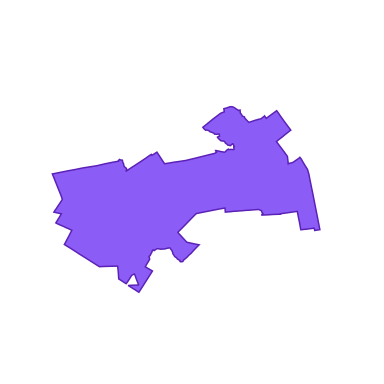 Belciugatele, Calarasi, Romania, rotated 31°
{"feature_id": "2599482B10542752576449", "entity_name": "Belciugatele", "entity_type": "district", "adm_level": 2, "iso_a3": "ROU", "parent_name": "Romania", "parent_adm1": "Calarasi", "projection": "mercator", "projection_center": [26.453, 44.516], "detail": "fine", "context": "isolated", "style": "filled", "palette": "violet", "viewbox_px": 384, "rotation_deg": 31, "n_neighbors": 0, "source": "geoboundaries", "source_scale": "gbopen_adm2", "svg_char_len": 5854}
<svg xmlns="http://www.w3.org/2000/svg" viewBox="0 0 384 384"><g transform="rotate(31 192 192)"><path d="M317.0,161.8L321.0,158.4L296.4,131.2L295.0,129.7L294.7,129.3L293.7,128.3L284.6,118.3L283.3,116.8L281.7,115.3L279.3,113.1L278.7,112.8L278.1,112.5L275.5,111.2L274.2,110.5L270.8,108.7L269.0,107.6L266.6,106.7L266.2,108.1L264.0,113.0L263.3,114.5L263.1,114.8L262.7,115.4L261.1,116.8L260.3,117.7L260.0,118.3L259.6,117.8L258.6,116.4L255.4,112.3L250.0,110.0L238.4,105.3L238.6,104.9L239.3,102.7L241.4,97.3L242.3,94.6L243.6,91.3L243.9,90.3L244.8,88.1L234.8,84.0L227.7,80.9L224.5,79.4L223.8,79.2L222.7,78.7L217.7,90.6L215.0,89.4L214.9,89.9L213.7,92.9L213.5,93.5L213.4,93.8L213.2,94.0L211.6,95.4L210.2,97.0L209.7,97.4L206.4,101.3L204.9,103.0L203.1,102.6L201.3,102.1L199.2,101.4L198.7,101.1L198.4,100.7L198.0,100.6L196.9,100.9L195.8,100.9L195.4,100.6L193.5,99.6L193.0,99.6L192.7,99.4L192.4,98.9L192.1,98.5L191.0,97.0L190.7,97.3L190.3,97.8L189.8,98.2L189.7,98.1L189.1,98.0L186.9,98.1L185.5,97.9L184.3,97.9L182.9,98.1L182.0,98.5L181.4,98.8L180.6,99.4L179.9,100.3L178.4,102.1L176.4,104.2L178.4,106.7L176.3,109.3L175.9,110.0L175.4,111.2L172.2,119.2L170.8,123.2L169.4,127.1L168.0,130.8L168.0,131.0L170.6,131.9L171.9,132.0L172.4,131.5L173.0,131.3L173.3,131.1L173.8,130.9L174.7,130.9L175.4,130.8L176.1,131.1L176.9,131.0L178.0,130.7L179.4,130.5L180.5,130.3L181.5,130.8L182.7,130.2L183.2,129.9L183.5,129.7L184.0,129.5L184.1,129.3L184.4,129.0L184.8,128.6L185.3,128.3L185.8,128.6L186.0,128.9L186.3,129.3L186.5,129.8L186.8,130.0L186.4,130.4L185.8,131.4L185.5,131.8L185.6,132.0L186.2,132.2L187.0,132.5L190.2,133.2L191.2,132.9L192.6,132.2L193.3,132.0L193.6,132.0L193.9,132.1L194.3,132.2L194.7,132.3L195.3,132.8L197.0,133.0L197.6,133.0L197.9,133.1L198.4,133.4L199.3,133.0L200.0,132.8L200.7,132.7L201.1,132.5L201.3,132.3L201.3,131.9L201.4,131.0L201.8,130.3L201.9,129.8L202.1,129.6L202.3,129.6L202.6,129.7L202.8,129.8L203.1,130.0L203.9,130.8L204.8,131.4L204.5,131.7L206.0,133.7L205.7,134.3L205.4,134.5L205.0,134.6L203.1,135.6L201.8,136.7L201.1,136.5L200.5,137.6L200.2,138.4L200.1,139.1L199.6,140.9L199.2,141.2L197.9,141.7L196.4,142.3L191.4,144.0L190.9,144.3L192.5,145.5L192.4,145.6L192.0,146.4L191.7,147.0L187.0,151.7L176.9,161.8L172.7,165.9L170.4,168.2L163.0,174.3L161.2,175.7L157.3,179.1L153.9,181.9L141.4,175.9L138.8,181.2L137.8,180.7L137.3,181.6L136.8,182.6L136.1,184.2L135.2,186.2L134.9,187.0L128.9,199.5L128.5,200.2L126.5,204.4L125.3,207.0L124.6,208.6L124.7,208.1L124.6,207.6L124.5,207.0L124.4,206.6L124.2,206.1L123.9,205.8L123.8,205.7L123.1,205.4L122.6,205.4L122.1,205.3L121.6,205.2L120.8,205.1L120.4,204.8L119.6,203.9L118.8,203.1L118.5,202.8L118.1,202.7L117.8,202.4L117.3,202.1L116.8,201.6L116.3,200.9L115.9,200.6L115.4,200.7L114.8,201.2L114.4,201.3L113.9,201.4L113.1,201.4L112.7,202.9L113.2,203.4L111.6,204.8L109.2,206.9L108.6,207.4L104.7,211.0L102.6,212.9L101.7,213.8L100.9,214.6L97.0,218.4L86.5,227.2L84.6,228.9L80.6,232.6L74.9,237.6L64.5,247.1L63.0,248.4L74.8,257.4L80.4,261.6L84.6,265.0L84.6,267.6L84.3,273.2L84.2,276.7L84.0,278.0L84.0,278.8L84.0,280.4L87.3,279.3L91.3,278.0L91.2,288.6L92.3,288.6L93.3,288.5L94.4,288.4L94.6,288.3L95.1,288.2L95.4,288.3L99.3,287.7L102.0,287.5L104.6,287.1L108.7,286.7L108.9,290.0L109.2,293.9L109.2,295.0L109.3,296.6L109.5,300.2L109.6,301.4L109.6,302.7L113.0,302.8L116.4,302.8L119.4,302.9L123.4,303.0L127.6,303.2L133.9,303.3L151.0,303.7L151.3,303.6L153.2,302.3L156.7,300.0L166.3,293.9L166.5,293.9L166.7,294.2L169.6,298.0L174.0,304.3L176.1,304.3L180.7,304.5L182.8,304.5L182.9,304.4L182.9,303.0L183.0,302.7L183.1,301.1L183.2,297.0L183.2,294.7L183.3,294.5L183.4,294.2L183.5,294.0L184.6,292.2L184.9,292.0L185.0,292.1L185.9,292.6L189.6,295.7L192.8,298.1L194.0,299.1L194.0,299.3L192.8,300.1L188.3,303.0L185.6,304.9L185.3,305.0L198.1,305.3L198.3,299.7L198.8,280.1L190.5,280.2L190.5,279.4L190.4,278.5L190.4,277.1L190.4,276.4L190.4,272.7L190.4,272.0L190.3,271.7L190.2,271.3L190.0,271.0L189.4,270.4L189.2,270.2L188.9,270.0L188.7,269.9L188.5,269.7L188.4,269.6L188.4,269.3L188.5,269.1L188.7,268.5L188.8,268.1L188.8,267.7L188.7,266.6L188.6,265.9L188.6,265.5L188.7,265.1L188.6,264.5L188.5,263.9L188.5,263.7L188.4,263.6L188.3,263.3L188.2,263.0L188.2,262.8L188.2,262.6L188.2,262.4L188.3,262.2L188.5,261.7L189.1,261.8L189.7,261.8L189.9,261.2L190.2,260.7L190.9,259.2L191.3,258.6L191.5,258.4L192.4,258.0L192.5,257.9L193.2,257.7L194.3,257.3L194.5,257.2L194.9,257.0L196.3,256.0L198.0,254.8L199.1,253.7L199.5,253.2L199.9,252.8L200.4,252.4L201.1,251.8L201.7,251.4L202.0,251.3L204.7,252.5L205.8,253.2L206.7,253.9L207.4,254.7L207.9,255.0L209.1,255.5L209.6,255.8L209.9,256.0L210.7,256.3L211.7,256.3L212.1,256.3L212.7,256.4L214.1,257.0L214.5,257.0L215.2,256.9L216.2,257.0L216.9,256.9L217.1,257.0L217.2,257.3L217.5,257.7L217.9,257.8L219.6,256.7L219.8,256.5L219.9,256.4L219.9,256.0L220.0,255.4L219.9,255.1L219.8,254.9L221.2,250.9L221.4,250.1L221.9,247.6L222.1,246.9L222.8,245.1L223.0,244.1L223.3,242.2L223.9,239.5L224.6,236.3L225.3,233.6L223.9,234.1L220.3,235.4L213.4,237.7L201.1,234.1L200.8,234.0L200.7,233.8L200.7,233.7L200.7,233.4L201.7,229.5L203.3,222.9L204.1,219.4L205.0,215.5L205.9,211.8L206.0,211.3L206.7,208.6L206.9,208.3L207.1,208.0L207.3,207.8L210.8,204.6L224.4,192.3L228.5,188.8L228.8,189.1L230.9,192.1L235.9,188.5L236.7,187.8L237.4,187.3L238.2,186.7L239.9,185.6L242.8,183.5L243.4,183.1L245.1,181.9L247.5,180.1L248.0,179.8L248.8,179.2L249.7,178.6L250.6,178.0L255.2,174.7L257.5,173.1L258.2,172.6L261.2,172.3L261.3,172.3L261.5,172.6L262.6,173.5L262.8,173.6L263.3,173.8L263.8,173.8L264.0,174.0L263.8,174.6L263.6,174.9L263.5,175.2L263.5,175.4L263.6,175.6L263.7,175.8L263.8,175.8L264.0,175.7L265.0,175.0L267.6,173.3L271.5,170.6L272.9,169.6L274.9,168.3L276.6,167.2L279.2,165.5L278.9,165.2L292.2,154.4L297.1,159.8L300.5,163.5L303.7,167.2L304.8,168.3L306.7,166.8L309.2,165.0L315.3,160.1L317.0,161.8Z" fill="#8b5cf6" stroke="#5b21b6" stroke-width="1.5"/></g></svg>